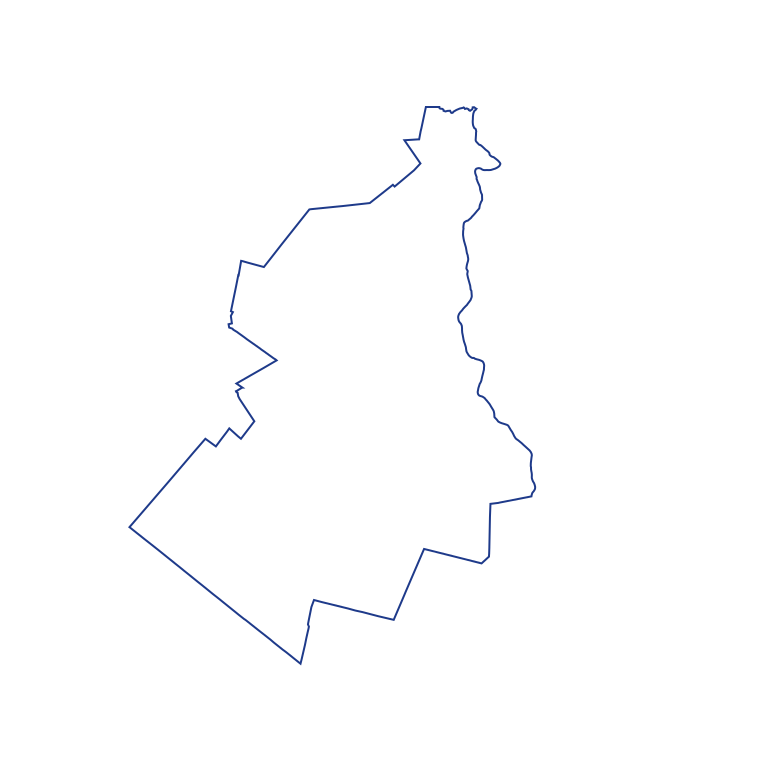 Guerrero, Coahuila, Mexico, rotated 24°
{"feature_id": "50627088B28083225707634", "entity_name": "Guerrero", "entity_type": "district", "adm_level": 2, "iso_a3": "MEX", "parent_name": "Mexico", "parent_adm1": "Coahuila", "projection": "natural_earth1", "projection_center": [-100.347, 28.15], "detail": "fine", "context": "isolated", "style": "outline", "palette": "blue", "viewbox_px": 768, "rotation_deg": 24, "n_neighbors": 0, "source": "geoboundaries", "source_scale": "gbopen_adm2", "svg_char_len": 6074}
<svg xmlns="http://www.w3.org/2000/svg" viewBox="0 0 768 768"><g transform="rotate(24 384 384)"><path d="M421.5,673.5L420.7,668.9L417.9,654.4L416.4,647.7L415.0,640.7L414.6,638.5L414.1,636.2L412.3,634.5L411.4,630.7L408.4,617.3L407.9,609.8L416.0,608.5L442.6,603.7L450.0,602.6L457.2,601.1L473.0,598.5L488.8,595.5L488.4,568.9L488.3,564.6L487.7,518.4L493.9,517.3L521.9,512.4L545.6,508.3L546.1,508.2L550.1,499.0L550.0,498.8L549.1,496.3L546.9,490.9L534.8,462.2L530.0,450.2L536.7,446.2L538.0,445.2L564.4,426.7L564.1,425.6L563.9,424.3L563.8,423.5L563.9,422.6L564.4,421.0L564.6,419.5L564.6,418.3L564.0,416.6L562.8,415.0L561.5,413.6L559.6,412.3L558.2,410.9L557.3,409.8L557.0,409.2L556.0,406.8L555.5,405.9L554.9,404.9L554.1,403.8L553.0,402.1L552.2,400.3L551.9,399.9L551.7,399.6L551.5,399.4L551.2,398.7L550.3,396.5L549.9,395.2L548.6,391.0L548.1,389.1L547.4,387.9L546.0,386.6L544.1,385.5L541.4,384.6L538.7,383.7L536.5,383.0L533.7,382.0L531.8,381.5L529.7,380.9L527.6,380.5L526.5,380.2L524.2,378.7L522.5,377.2L520.6,375.7L518.6,374.5L514.4,371.5L513.0,371.3L510.0,371.6L507.7,371.9L505.9,372.0L504.1,371.9L503.9,371.9L503.6,371.8L501.4,370.6L499.9,370.0L499.0,369.6L498.6,369.5L498.3,369.2L496.8,366.3L495.7,364.7L494.9,363.8L493.8,363.0L491.3,361.3L488.8,359.5L487.1,358.6L485.5,357.8L484.6,357.3L483.3,356.8L482.0,356.1L481.5,355.9L479.9,355.6L479.0,355.5L478.1,355.6L477.5,355.7L476.8,355.8L475.7,355.8L474.9,355.5L474.1,355.0L473.5,354.3L473.0,353.5L472.8,353.1L472.2,350.6L471.9,349.4L471.5,345.7L471.4,344.8L471.6,343.6L471.6,342.2L471.5,341.0L471.3,340.2L470.6,336.8L470.0,333.2L469.7,331.8L469.5,330.4L469.0,329.1L468.6,328.1L468.3,327.2L468.0,326.4L467.4,325.4L466.4,324.3L465.6,323.7L464.9,323.3L463.7,323.2L462.3,323.2L460.9,323.3L458.7,323.7L457.8,323.8L456.6,323.9L456.0,323.7L455.3,323.7L454.6,324.1L453.5,324.3L452.1,324.1L450.7,323.7L449.7,323.3L447.5,321.8L446.2,320.8L444.9,318.9L443.9,317.2L443.3,316.5L442.0,315.0L440.5,313.4L440.1,313.0L438.6,311.1L437.4,309.3L437.2,309.0L437.0,308.8L436.3,307.7L434.6,305.3L433.3,302.9L432.8,301.7L431.5,299.3L430.1,297.9L429.0,297.3L427.9,296.8L427.0,296.2L426.1,295.3L425.0,293.6L424.5,292.7L424.2,291.6L424.1,290.3L424.1,289.3L424.3,288.5L424.5,287.4L425.3,285.1L425.8,282.9L426.6,280.6L427.7,277.8L427.8,276.9L428.9,272.2L428.8,269.4L428.5,268.1L427.7,266.6L426.1,263.6L425.9,263.3L425.6,263.1L424.8,262.5L424.7,262.4L422.8,259.2L417.3,252.5L416.0,250.7L415.5,250.0L415.3,249.6L415.1,248.8L414.6,246.9L414.4,246.6L413.8,246.2L412.9,245.5L412.4,245.1L412.2,244.8L411.6,242.8L411.2,241.1L411.0,239.8L410.7,237.5L410.3,236.0L409.7,234.8L408.9,233.7L408.1,232.4L406.7,230.9L406.5,230.7L403.6,226.4L403.1,225.7L401.9,224.3L400.3,222.4L398.8,220.6L397.4,218.6L396.2,216.7L395.5,215.5L394.3,212.6L394.2,212.4L393.5,210.0L393.5,209.8L393.4,209.7L393.0,209.0L392.8,208.7L392.1,206.6L391.7,205.1L391.6,204.6L391.6,203.9L391.8,203.4L392.0,202.9L392.3,202.5L393.0,201.5L393.1,201.4L394.0,200.8L394.1,200.7L395.8,197.2L396.0,196.7L396.2,196.1L396.2,195.6L396.3,195.3L396.9,193.8L397.6,191.6L398.1,189.9L398.5,188.4L399.6,184.9L399.6,184.7L398.8,181.7L398.6,178.0L398.7,177.7L398.7,177.4L398.8,176.9L398.8,176.3L398.7,175.7L398.5,175.3L397.2,172.6L396.7,171.5L396.3,171.0L394.8,169.7L392.7,167.2L392.0,165.9L391.1,164.6L389.5,163.1L388.3,162.1L386.7,160.6L386.0,159.7L385.6,159.4L385.2,159.1L385.0,158.7L384.7,157.8L384.4,157.2L383.4,156.2L382.5,155.3L381.6,154.3L380.8,152.9L380.5,151.8L380.5,150.6L380.8,149.8L381.5,149.1L382.6,148.3L383.5,148.0L384.3,147.9L384.8,147.8L386.2,148.1L387.7,148.1L388.9,147.7L390.8,146.8L392.9,145.9L394.6,145.0L398.1,141.9L399.6,140.0L400.5,138.4L400.8,137.4L400.8,136.0L400.8,135.7L400.6,135.3L400.0,134.8L398.6,134.1L397.1,133.5L394.9,132.9L392.0,132.2L391.7,132.2L390.4,132.4L390.1,132.4L389.2,132.3L388.5,132.1L387.4,131.7L387.0,131.3L386.4,130.3L386.1,130.1L385.2,129.6L384.1,129.2L381.5,128.6L379.0,127.7L377.0,127.0L375.5,126.6L375.0,126.5L374.6,126.5L374.2,126.7L373.8,126.7L373.3,126.6L370.2,125.3L369.8,125.1L369.3,124.8L369.0,124.5L368.7,124.2L368.4,123.6L366.6,118.7L366.0,117.3L365.7,116.5L365.6,115.9L365.5,115.7L364.5,114.3L364.1,113.9L363.8,113.7L363.5,113.6L362.6,113.5L362.3,113.4L362.0,113.2L361.5,112.7L360.7,112.0L360.0,111.2L359.2,109.9L358.6,108.8L358.0,107.4L357.6,106.3L357.2,105.3L356.5,103.6L355.7,101.0L355.5,99.7L355.5,98.0L355.5,97.7L356.3,96.1L356.4,95.5L356.5,95.0L356.1,95.0L353.7,94.5L352.5,95.2L352.8,95.9L352.8,97.2L351.5,99.4L350.1,99.3L349.5,98.6L347.5,98.6L346.1,99.8L344.8,99.0L344.2,99.0L343.8,99.6L341.1,101.6L338.7,104.2L336.7,107.0L336.6,107.9L335.8,108.8L334.8,108.8L333.2,107.5L330.9,108.7L329.3,110.0L327.3,110.2L326.8,109.3L325.5,108.9L323.3,109.6L322.5,109.4L321.9,108.4L309.6,113.9L314.1,135.0L314.7,138.3L316.6,146.2L314.8,147.1L310.4,149.4L303.5,153.0L327.6,167.7L324.5,176.6L315.8,194.4L313.4,199.3L311.1,198.4L303.5,212.9L297.4,224.5L273.6,238.4L269.0,241.0L246.2,254.0L244.8,254.9L233.6,298.4L229.7,314.1L226.7,326.0L209.9,328.6L208.4,328.8L207.0,329.0L204.8,329.3L203.4,329.6L205.2,336.7L207.0,343.8L206.6,343.8L209.2,355.2L214.6,379.8L216.7,379.8L216.4,384.1L220.4,390.5L217.7,392.6L219.6,395.4L223.1,395.1L224.2,395.7L228.9,396.3L230.0,396.6L237.3,398.1L240.7,398.9L256.4,402.0L257.9,402.4L260.6,402.9L261.6,403.1L262.7,403.3L263.8,403.6L264.4,403.7L265.1,403.8L266.0,404.0L266.8,404.2L269.8,404.8L270.3,404.9L270.7,405.0L271.7,405.2L272.6,405.4L275.0,405.7L276.3,406.1L267.3,418.6L259.0,429.9L249.0,443.6L256.1,444.9L255.9,445.0L252.2,450.3L251.7,450.8L252.1,451.2L252.8,451.5L253.8,451.5L255.8,454.5L258.3,456.5L280.7,470.8L275.9,491.0L275.8,491.3L275.6,492.2L272.0,491.2L271.4,491.0L260.7,487.5L260.0,491.2L257.7,500.9L255.8,509.4L243.1,506.7L237.8,524.1L232.5,542.1L231.2,546.5L226.5,562.4L209.7,618.3L227.8,623.0L233.8,624.5L244.8,627.3L255.4,630.1L275.8,635.5L277.2,635.9L290.8,639.5L294.9,640.6L298.8,641.6L313.3,645.5L321.6,647.6L324.9,648.5L341.8,653.0L345.1,653.9L351.8,655.6L353.2,655.8L369.9,660.1L384.2,663.7L388.5,665.0L393.1,666.2L399.6,667.9L401.5,668.3L404.1,668.9L421.5,673.5Z" fill="none" stroke="#1e3a8a" stroke-width="2"/></g></svg>